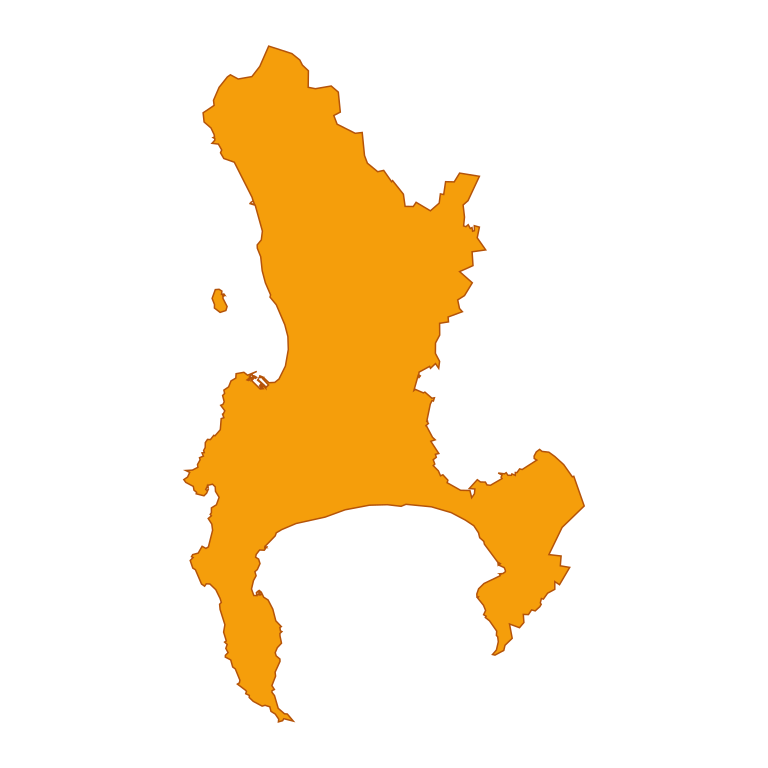 City of Cape Town, Western Cape, South Africa (Equal Earth projection)
{"feature_id": "47623444B95865124382580", "entity_name": "City of Cape Town", "entity_type": "district", "adm_level": 2, "iso_a3": "ZAF", "parent_name": "South Africa", "parent_adm1": "Western Cape", "projection": "equal_earth", "projection_center": [18.52, -33.915], "detail": "fine", "context": "isolated", "style": "filled", "palette": "amber", "viewbox_px": 768, "rotation_deg": 0, "n_neighbors": 0, "source": "geoboundaries", "source_scale": "gbopen_adm2", "svg_char_len": 6118}
<svg xmlns="http://www.w3.org/2000/svg" viewBox="0 0 768 768"><path d="M459.6,173.1L454.2,181.9L445.6,181.7L443.7,194.5L440.4,193.9L439.2,203.1L430.4,210.8L416.1,202.3L413.3,206.5L405.1,206.4L403.4,194.2L392.6,180.6L391.6,181.7L383.7,170.4L377.7,171.7L367.4,163.2L364.5,155.5L362.2,132.5L355.2,133.3L337.1,124.2L333.8,115.5L340.3,112.1L338.3,92.1L331.2,86.0L315.4,88.7L308.2,87.3L308.4,70.8L302.4,65.1L299.8,60.0L291.9,53.6L268.7,46.1L259.8,66.4L251.9,76.6L238.2,79.0L230.4,74.8L227.4,76.9L219.1,87.3L213.5,100.3L214.1,105.4L203.1,112.8L204.1,122.0L211.0,128.0L214.1,134.5L214.5,136.9L213.1,137.6L214.8,138.5L214.8,140.2L212.0,143.3L218.4,144.1L221.7,150.0L220.5,152.8L223.8,158.5L234.3,162.2L252.1,197.4L253.1,201.0L250.3,202.8L253.2,200.9L254.5,204.3L249.3,203.4L255.2,205.2L262.4,231.1L261.3,239.9L257.2,244.9L257.3,248.2L260.7,256.7L262.2,270.8L265.4,282.9L270.6,294.9L270.0,297.1L276.3,304.8L284.8,324.7L287.9,336.6L288.3,349.6L285.4,366.1L279.0,379.0L274.8,382.4L268.9,382.7L263.2,377.2L259.3,375.6L260.1,376.5L259.3,377.5L263.4,377.5L262.6,378.6L268.5,385.0L266.5,387.0L265.6,386.1L266.5,387.2L265.4,386.6L265.7,388.2L264.1,386.5L265.2,386.5L264.7,385.6L258.3,379.9L258.5,378.4L258.2,380.0L257.1,379.8L263.6,385.1L262.6,386.4L260.0,383.9L263.3,388.7L261.2,388.9L261.5,387.4L259.1,385.4L261.1,387.6L260.0,388.8L251.7,380.6L254.5,377.6L256.2,378.7L255.5,377.8L256.5,377.3L254.6,376.1L252.8,375.6L253.4,376.7L250.7,379.5L251.3,377.6L249.2,378.4L249.6,380.0L248.5,379.1L247.9,379.9L248.9,380.7L247.0,379.9L249.6,377.9L249.1,376.4L250.0,377.3L250.1,375.6L251.0,376.5L250.2,375.5L251.3,374.3L252.3,375.4L252.0,373.7L256.8,371.4L247.6,375.2L243.9,372.3L236.1,373.7L235.8,378.1L231.0,380.9L228.6,386.9L223.9,390.1L224.6,393.5L222.6,395.5L224.2,401.8L222.9,404.4L220.7,405.3L224.8,410.8L223.1,414.3L222.3,413.6L223.9,417.7L221.2,418.6L220.3,429.7L215.0,435.8L213.8,435.3L210.4,439.6L207.5,439.4L205.3,442.6L205.2,447.5L203.6,450.5L204.3,452.6L202.0,452.9L203.4,456.1L199.5,457.7L200.1,459.8L197.5,464.5L197.9,467.3L192.4,470.1L185.8,470.5L189.7,472.4L187.6,477.0L183.8,479.6L185.8,482.4L193.3,486.4L194.0,490.2L196.6,492.3L196.2,493.8L204.0,495.8L206.6,493.2L208.6,488.6L207.2,490.7L205.7,489.4L207.6,485.8L208.0,488.2L208.2,487.1L207.5,485.4L212.5,484.2L215.2,486.8L215.5,491.4L219.1,497.3L216.4,504.8L211.4,507.9L211.4,512.7L210.2,514.4L211.4,515.8L208.2,518.5L211.8,524.1L212.6,530.3L208.4,546.9L205.9,548.4L202.1,546.3L198.2,553.1L192.7,554.6L191.5,556.7L193.1,557.5L190.2,560.5L192.8,568.1L195.4,569.7L201.5,584.0L204.6,586.2L206.3,583.8L209.9,584.0L215.8,589.7L220.1,598.5L221.3,602.4L219.6,604.3L220.1,609.5L224.9,624.7L223.6,632.1L226.3,640.9L224.6,642.1L227.2,644.4L225.8,648.4L228.1,652.6L225.4,655.3L225.3,657.1L230.7,659.9L232.7,667.0L235.3,668.9L239.9,680.2L239.4,682.8L237.4,684.1L245.6,690.3L246.5,691.4L245.7,693.7L249.3,695.4L249.2,697.5L253.3,701.4L262.1,706.1L265.1,705.3L269.8,706.8L271.0,711.4L275.2,714.0L278.7,719.1L278.4,721.9L282.6,720.7L283.8,718.7L293.3,721.1L287.3,714.0L284.5,713.8L278.2,708.3L274.5,695.6L271.9,692.2L272.1,690.6L274.4,689.5L271.9,685.6L275.6,676.1L275.1,672.2L280.0,661.4L279.9,659.0L276.2,655.9L275.2,652.7L277.3,647.7L281.5,643.2L280.0,636.0L279.9,633.4L281.9,631.6L280.4,630.8L279.9,627.4L281.3,626.6L275.8,620.8L272.8,609.1L268.1,600.0L263.7,597.2L261.3,592.2L258.7,590.0L261.7,594.4L260.0,595.0L258.9,592.9L258.8,594.7L257.2,594.6L256.6,592.7L258.2,591.5L258.0,591.2L256.4,592.6L256.9,595.6L253.8,595.5L251.5,589.0L253.5,580.5L256.1,575.8L254.9,571.7L257.3,569.6L260.0,563.6L258.6,559.1L255.6,557.2L256.2,554.4L259.6,550.0L264.3,550.2L266.5,547.2L264.7,547.7L264.9,546.5L266.2,547.0L265.4,546.0L275.2,535.9L276.3,532.8L281.7,529.6L296.1,523.5L325.1,517.1L345.1,509.8L369.4,505.2L387.4,504.7L401.1,506.3L406.0,504.3L431.4,506.8L451.2,512.6L465.2,520.0L473.8,525.7L478.5,532.8L479.7,537.7L483.8,541.4L484.4,544.2L497.9,562.4L498.2,565.1L499.2,564.2L498.2,563.4L498.4,562.5L500.4,563.7L498.8,565.1L504.2,567.6L505.3,570.2L505.4,571.7L503.0,573.5L499.8,573.8L500.9,574.3L500.3,575.1L499.5,573.4L500.0,575.8L484.0,583.5L478.6,588.8L476.8,594.0L477.0,597.2L478.4,596.9L477.8,598.2L483.5,605.3L485.6,610.5L483.6,614.7L486.1,616.2L485.3,617.5L489.5,620.8L496.7,631.1L496.4,635.4L497.7,636.8L498.3,641.8L496.4,650.0L492.5,654.5L495.0,655.1L503.8,650.4L505.0,645.3L512.2,638.3L509.5,624.0L519.5,627.7L523.9,622.5L523.3,614.4L528.4,614.6L531.6,609.9L535.2,610.9L539.8,606.7L541.2,604.3L540.3,602.9L541.4,598.5L543.4,599.1L547.6,593.2L554.8,589.3L554.8,581.6L559.5,584.7L569.7,567.4L560.3,565.8L561.1,556.0L548.9,554.6L562.1,527.4L584.2,506.0L573.8,476.3L572.3,476.8L563.7,464.6L554.8,456.5L548.9,452.2L542.0,451.4L539.6,449.4L536.3,451.9L534.1,456.1L534.2,458.5L536.8,460.1L522.2,469.5L519.6,468.9L517.0,472.6L515.3,472.5L515.3,475.4L511.9,473.9L511.4,475.3L507.9,475.3L506.2,472.7L504.5,473.8L498.2,473.0L502.0,475.0L501.1,477.2L502.0,478.6L490.4,485.3L487.0,484.9L485.4,482.1L480.5,482.0L477.3,479.7L469.3,488.5L474.9,489.0L474.4,493.8L471.7,497.7L469.9,490.5L460.6,490.3L447.1,482.7L447.9,480.2L442.9,474.8L440.5,475.8L438.4,470.9L433.2,465.6L434.8,464.1L433.2,459.7L436.3,457.3L435.4,454.3L438.8,453.5L430.8,441.3L435.2,439.8L432.5,437.3L426.4,425.8L425.4,426.0L428.4,423.5L427.0,421.4L428.2,421.0L426.8,421.1L430.3,404.1L432.0,400.6L433.4,401.0L434.4,397.8L431.9,398.2L424.9,392.1L423.4,392.9L415.4,389.4L413.9,390.5L418.0,376.0L419.0,377.5L420.3,375.9L418.7,374.7L419.1,372.1L429.6,366.4L430.5,368.3L435.5,363.6L438.7,368.3L439.6,361.4L435.4,353.4L435.5,343.0L439.7,335.1L439.6,323.3L448.5,321.9L448.1,317.0L462.4,311.7L459.5,308.5L457.7,299.9L464.5,295.6L472.3,282.8L459.6,271.6L473.0,265.6L472.1,251.8L485.7,249.9L477.2,237.8L479.4,227.1L474.3,225.7L474.4,230.7L472.6,231.2L472.0,227.6L470.3,228.5L468.2,224.7L465.9,226.7L463.6,225.9L464.5,217.1L463.1,205.0L468.0,200.7L479.4,176.3L459.6,173.1ZM219.1,289.3L215.3,289.6L212.1,298.4L214.5,304.5L214.4,308.0L220.1,312.4L225.9,310.5L227.1,306.5L222.9,298.3L223.1,296.3L224.5,295.8L222.8,296.0L222.6,294.3L224.7,295.1L223.9,294.0L221.5,294.4L221.9,291.1L219.1,289.3Z" fill="#f59e0b" stroke="#b45309" stroke-width="1.5"/></svg>